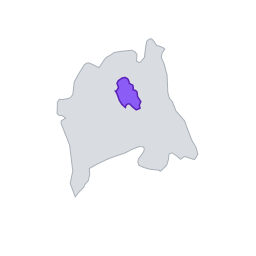 location of Šavnik within Montenegro, rotated 35°
{"feature_id": "MNE-1519", "entity_name": "Šavnik", "entity_type": "Municipality", "adm_level": 1, "iso_a3": "MNE", "parent_name": "Montenegro", "parent_adm1": "", "projection": "mercator", "projection_center": [19.144, 42.978], "detail": "fine", "context": "in_parent", "style": "filled", "palette": "violet", "viewbox_px": 256, "rotation_deg": 35, "n_neighbors": 0, "source": "natural_earth", "source_scale": "10m", "svg_char_len": 1681}
<svg xmlns="http://www.w3.org/2000/svg" viewBox="0 0 256 256"><g transform="rotate(35 128 128)"><path d="M113.0,42.3L112.8,43.6L113.1,47.4L114.8,51.1L120.9,54.8L129.7,62.3L140.1,75.9L144.9,80.0L149.2,81.0L157.6,86.6L163.4,88.0L170.0,89.6L187.0,101.3L194.7,104.8L200.1,109.2L200.7,113.3L200.4,115.9L190.6,118.9L188.9,123.5L184.1,123.0L178.4,123.0L176.5,125.9L179.2,130.6L181.0,136.3L179.6,144.0L179.1,145.0L177.7,144.7L169.6,149.2L163.6,151.3L158.1,152.3L155.6,150.2L154.3,147.2L154.5,138.8L153.5,135.9L151.7,134.6L148.0,136.6L143.6,143.1L139.6,150.7L133.6,158.6L128.6,166.1L123.2,175.7L119.5,183.5L123.3,188.0L125.7,194.1L125.0,198.8L125.7,201.5L124.5,209.5L124.2,214.6L112.4,206.5L107.5,195.0L90.1,175.6L70.3,162.4L69.2,160.3L70.3,157.8L71.2,155.7L67.1,155.6L64.2,157.2L61.5,156.8L58.4,151.8L55.4,147.5L55.3,143.7L56.6,143.2L58.6,141.7L62.8,137.4L63.6,135.2L63.4,131.8L57.6,121.2L56.7,114.2L55.9,101.3L57.1,98.3L59.3,96.8L69.6,95.2L69.4,85.1L70.0,82.0L72.1,77.8L73.4,74.0L79.1,68.5L86.9,61.9L90.2,61.7L93.2,62.6L96.6,68.3L100.2,67.6L101.0,60.8L96.2,51.9L93.6,46.2L94.4,43.0L96.2,41.4L100.3,42.4L104.3,44.0L106.8,42.9L110.7,42.1L113.0,42.3Z" fill="#d9dde1" stroke="#a8b0b8" stroke-width="1"/><path d="M100.1,88.2L102.0,89.2L103.2,90.6L104.8,90.6L107.4,90.2L109.2,91.9L110.2,93.8L111.9,93.1L114.3,93.1L116.4,95.1L117.4,96.5L118.8,97.2L123.4,99.1L123.4,99.3L124.2,102.9L126.5,104.9L125.5,106.6L124.3,108.4L120.4,108.2L115.5,107.3L114.2,108.2L113.4,109.7L113.6,111.4L114.0,112.7L109.3,112.1L105.0,110.3L102.6,108.5L99.1,106.1L96.5,105.0L97.3,104.4L97.0,100.2L93.4,97.8L92.9,94.9L94.4,90.6L96.5,88.3L99.3,87.9L100.1,88.2Z" fill="#8b5cf6" stroke="#5b21b6" stroke-width="1.5"/></g></svg>